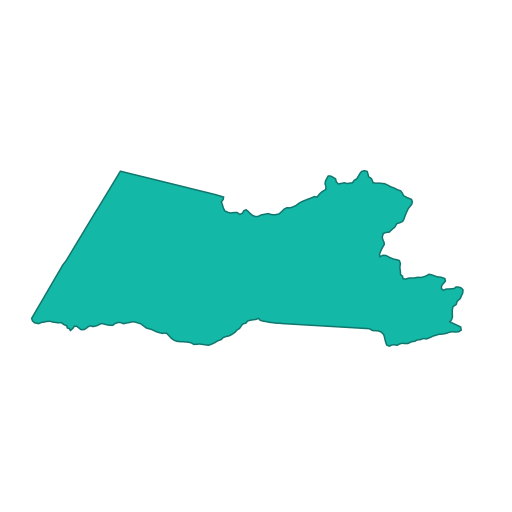 the district of Cristópolis, Bahia, Brazil, rotated 8°
{"feature_id": "56859067B44144789657411", "entity_name": "Cristópolis", "entity_type": "district", "adm_level": 2, "iso_a3": "BRA", "parent_name": "Brazil", "parent_adm1": "Bahia", "projection": "orthographic", "projection_center": [-44.194, -12.179], "detail": "fine", "context": "isolated", "style": "filled", "palette": "teal", "viewbox_px": 512, "rotation_deg": 8, "n_neighbors": 0, "source": "geoboundaries", "source_scale": "gbopen_adm2", "svg_char_len": 3794}
<svg xmlns="http://www.w3.org/2000/svg" viewBox="0 0 512 512"><g transform="rotate(8 256 256)"><path d="M93.3,229.6L91.6,233.3L84.0,251.0L80.4,259.5L77.9,265.3L76.0,269.7L68.6,287.2L67.5,289.1L66.0,291.6L42.5,349.0L43.7,351.4L46.0,353.0L50.3,353.2L52.8,351.6L55.2,351.0L57.9,349.9L61.2,349.3L63.9,349.7L66.8,349.7L69.2,349.7L72.3,349.1L75.4,350.7L78.3,351.4L79.1,353.5L81.2,353.9L82.6,355.6L84.7,353.2L85.9,350.8L88.2,350.5L90.6,351.9L93.0,353.3L95.7,352.9L97.7,351.5L99.5,349.6L101.5,348.2L104.4,348.6L107.6,347.4L110.2,345.8L112.1,344.4L114.5,344.5L116.9,344.8L120.3,345.0L123.8,344.6L126.0,342.3L129.5,340.8L132.2,340.9L134.3,341.5L136.4,340.6L139.9,339.5L142.5,338.4L145.2,338.2L148.5,338.7L151.5,339.2L154.6,341.0L157.5,342.6L159.8,342.9L162.3,343.2L165.7,344.2L168.4,345.0L171.3,345.4L174.1,345.7L176.2,345.0L178.3,345.0L180.7,346.9L183.6,349.3L186.8,350.9L189.8,351.5L192.7,351.4L196.1,351.0L200.3,350.8L204.0,351.0L206.7,352.2L209.6,351.7L212.2,351.0L214.9,351.0L218.2,351.0L221.4,351.0L224.1,349.6L227.2,347.6L229.1,346.0L231.0,344.7L233.2,343.6L234.8,341.4L237.5,339.9L240.1,339.0L242.4,337.5L244.3,335.9L246.0,334.3L247.4,332.0L249.7,330.1L250.7,328.1L252.2,325.3L255.3,323.9L256.7,321.6L259.0,320.5L261.8,319.6L264.8,318.8L267.2,317.4L269.1,319.1L272.2,319.5L276.0,319.6L278.3,319.8L281.6,319.7L285.0,319.7L288.7,319.3L291.9,319.2L378.4,312.2L381.8,313.6L385.1,313.3L387.6,313.2L390.6,313.9L393.3,315.9L394.4,318.2L395.3,320.7L396.7,323.9L397.9,326.1L400.7,326.7L402.7,325.3L405.1,324.6L408.2,324.8L410.3,323.2L412.7,322.1L415.4,322.0L418.6,321.5L422.1,319.2L425.2,318.3L427.5,316.6L430.3,316.0L433.2,314.4L436.4,314.4L438.3,313.3L440.5,312.0L442.4,310.7L445.1,309.5L447.7,308.2L451.8,307.3L455.5,306.0L458.0,304.6L460.5,303.8L464.2,303.5L467.0,302.9L469.5,300.9L468.6,297.8L466.1,297.0L462.8,296.0L459.7,295.0L457.0,294.1L458.5,292.1L459.0,289.1L458.3,285.0L457.9,281.9L458.1,278.8L461.0,276.1L461.5,272.8L464.2,269.7L465.1,266.4L465.9,263.7L465.7,260.7L463.5,259.0L460.9,258.6L458.4,258.8L457.0,260.5L454.1,261.3L451.6,261.8L448.9,262.3L446.1,263.9L444.0,262.2L444.0,259.5L445.2,257.4L447.1,254.5L446.2,252.1L442.7,251.3L438.2,251.4L433.1,250.3L429.8,250.0L428.0,251.6L425.6,253.0L422.7,254.2L418.6,254.7L415.2,255.9L410.7,256.5L407.1,258.1L404.6,257.9L404.0,255.7L401.7,254.2L401.0,250.5L400.1,247.8L400.0,245.5L400.0,243.3L398.6,240.6L395.4,240.0L393.0,240.0L388.8,238.9L384.5,237.4L381.6,237.6L378.8,239.5L378.1,237.2L379.0,233.0L380.5,228.9L381.4,226.9L381.0,224.8L379.7,222.8L378.4,220.0L378.9,216.0L381.4,214.6L384.6,213.8L387.3,210.4L389.5,208.0L390.9,204.4L393.9,203.0L396.4,201.3L397.3,199.2L398.1,195.1L399.2,191.0L400.2,187.9L403.0,183.1L403.3,180.6L402.1,178.3L399.4,177.6L397.1,177.0L393.7,175.7L392.2,173.4L390.2,171.4L386.6,170.6L382.8,169.3L380.4,168.9L375.7,167.2L373.3,166.5L370.3,166.6L367.7,166.7L364.5,167.3L361.6,167.1L360.6,164.9L359.3,163.1L356.5,161.9L355.6,159.5L354.3,156.8L351.5,156.4L348.8,157.6L347.4,159.9L346.4,162.4L345.1,165.5L342.7,167.4L341.3,170.1L339.0,170.7L336.2,171.6L333.3,171.2L330.0,172.4L327.4,173.2L325.2,171.3L324.0,168.5L321.5,167.4L318.7,166.4L316.4,166.7L315.3,169.3L314.4,171.9L314.3,174.9L315.6,177.3L315.8,180.5L312.5,183.1L310.2,185.8L308.4,189.0L305.5,189.1L302.8,190.7L299.5,192.5L296.0,194.5L294.0,195.7L291.4,197.6L288.5,200.5L285.5,202.4L282.9,203.6L279.9,203.9L277.3,205.7L275.1,208.7L272.8,211.2L270.9,211.9L268.6,212.7L265.1,212.8L262.1,212.3L259.3,213.3L255.6,214.5L252.4,216.6L250.1,217.0L247.3,216.4L244.1,214.6L241.7,212.7L239.7,211.6L237.5,213.0L236.8,215.3L234.2,217.1L231.1,215.5L227.5,216.2L225.1,216.9L222.3,216.7L218.7,215.6L216.7,212.5L215.8,210.3L214.2,207.3L215.6,204.6L215.7,202.1L206.9,200.8L182.3,198.3L177.8,197.8L109.9,190.9L93.3,229.6Z" fill="#14b8a6" stroke="#0f766e" stroke-width="1.5"/></g></svg>